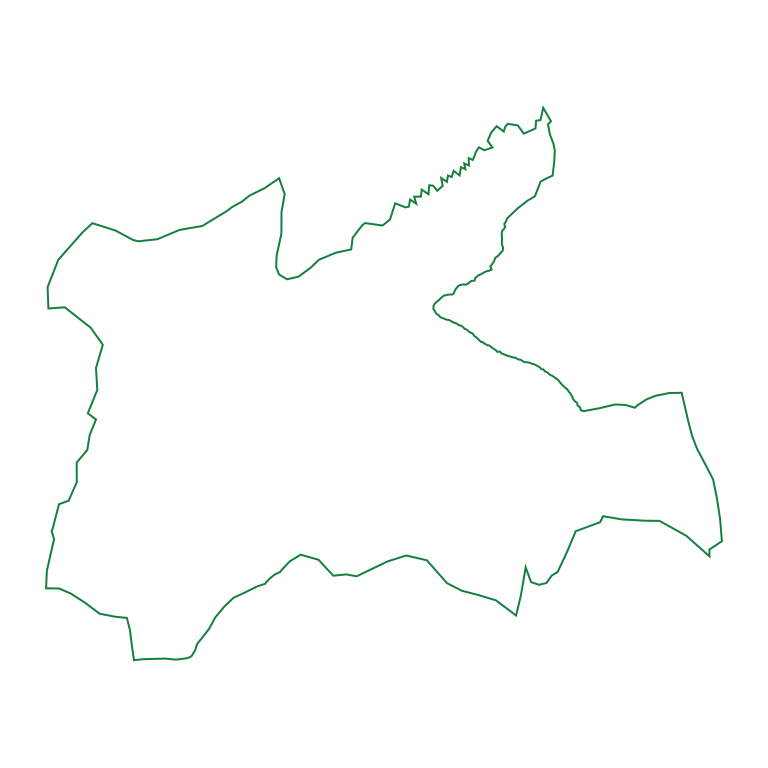 outline of Dabola, Dabola, Guinea
{"feature_id": "49546643B93693461345641", "entity_name": "Dabola", "entity_type": "district", "adm_level": 2, "iso_a3": "GIN", "parent_name": "Guinea", "parent_adm1": "Dabola", "projection": "natural_earth1", "projection_center": [-10.933, 10.773], "detail": "fine", "context": "isolated", "style": "outline", "palette": "green", "viewbox_px": 768, "rotation_deg": 0, "n_neighbors": 0, "source": "geoboundaries", "source_scale": "gbopen_adm2", "svg_char_len": 3964}
<svg xmlns="http://www.w3.org/2000/svg" viewBox="0 0 768 768"><path d="M709.5,556.4L709.4,549.5L721.9,541.2L721.3,533.8L720.1,519.3L717.1,499.2L713.1,479.4L705.1,464.0L697.1,448.9L692.1,436.0L688.4,421.8L683.3,399.8L681.7,392.8L669.3,393.0L655.2,395.9L646.5,399.4L637.4,405.4L634.9,407.7L625.0,404.9L615.0,404.5L600.0,408.1L583.4,411.2L580.7,410.0L580.0,407.3L577.6,405.4L577.2,403.1L574.7,401.0L572.9,398.7L572.2,396.5L570.5,393.7L568.6,391.3L567.2,389.2L565.1,387.7L563.2,385.8L561.6,384.1L560.0,382.4L558.3,380.1L555.6,378.1L553.8,376.8L552.1,375.7L550.0,374.8L547.5,372.5L545.2,371.6L543.4,369.5L541.2,369.1L539.7,367.2L538.5,366.6L535.6,365.0L534.2,364.2L531.4,363.6L529.7,362.7L527.2,362.3L524.4,362.1L522.2,360.8L520.6,359.8L518.0,359.4L516.1,358.0L514.3,357.7L508.0,355.9L507.5,355.8L505.6,355.0L501.7,353.5L500.1,351.7L497.2,351.8L495.9,350.2L493.3,348.6L491.3,347.2L489.1,345.4L487.4,345.2L485.2,344.0L484.4,343.5L484.0,343.3L482.5,342.0L480.9,341.8L479.3,340.2L477.0,337.9L474.1,335.8L472.9,333.7L471.1,332.9L468.7,331.5L466.7,329.6L464.6,328.8L463.1,327.1L460.9,325.5L459.1,325.4L457.3,323.8L454.2,322.8L451.7,321.5L449.4,320.1L446.4,319.6L442.9,318.1L440.4,317.3L438.8,315.3L436.3,313.6L434.9,311.2L433.4,308.9L433.5,305.9L434.8,303.6L437.1,301.5L439.2,299.8L441.4,297.6L443.8,295.6L445.1,295.4L448.0,294.6L449.9,294.6L452.8,294.4L453.8,293.2L454.4,291.6L455.8,288.9L458.4,285.9L461.1,284.8L463.1,284.4L464.5,284.6L466.4,284.6L469.3,282.6L470.8,281.2L474.7,280.5L475.2,278.2L478.4,275.3L481.3,274.1L484.7,272.0L486.7,271.2L488.8,270.8L491.7,269.5L490.9,267.8L490.4,266.5L492.2,264.0L494.0,261.4L495.2,257.9L497.8,256.0L499.9,253.8L502.6,250.7L503.2,248.1L502.1,245.1L501.8,241.9L502.1,239.1L501.7,234.5L502.0,231.2L505.1,227.4L504.3,224.0L505.9,221.7L507.0,218.6L507.7,217.8L518.1,208.0L527.6,200.6L534.9,196.3L540.6,181.6L546.8,178.2L552.6,175.6L554.2,162.1L554.8,150.6L553.4,143.5L549.8,134.2L548.0,124.2L551.0,121.3L543.2,107.8L540.5,120.1L536.1,120.7L535.5,128.5L523.8,133.6L517.8,125.4L507.7,123.9L505.3,126.6L503.7,131.5L496.6,126.2L491.2,132.6L487.6,140.8L492.4,147.5L484.3,150.3L478.9,147.3L476.1,151.5L474.2,156.6L472.7,160.0L468.7,158.2L468.9,165.5L464.2,163.4L465.4,169.2L461.0,167.1L459.6,175.4L453.6,170.8L451.7,177.0L448.0,175.5L446.9,181.9L441.2,178.0L442.7,185.9L437.3,190.7L433.2,185.7L429.2,185.3L428.5,194.2L421.7,189.6L420.9,196.6L414.2,196.7L416.2,203.7L410.1,199.6L408.9,206.6L405.5,207.4L395.2,203.3L390.0,219.5L382.6,225.5L365.2,223.1L362.7,224.8L359.9,228.2L352.7,237.7L351.2,249.4L335.8,252.7L318.9,259.8L310.8,267.6L298.6,276.6L287.1,279.3L279.0,274.4L276.2,267.2L276.6,255.7L281.4,233.7L281.5,212.0L284.7,194.2L279.1,178.2L264.2,188.4L249.5,195.6L242.0,201.6L232.0,207.1L226.7,211.1L202.3,226.0L179.6,229.9L157.4,239.2L138.4,241.3L133.1,240.0L115.4,230.5L92.4,223.2L82.3,232.6L58.3,259.8L47.6,287.1L48.4,308.5L64.7,307.3L90.6,327.6L102.8,344.7L96.0,368.1L97.3,389.9L87.8,413.3L96.0,419.5L89.7,435.0L87.3,450.0L76.7,462.5L76.8,482.3L68.6,500.7L59.0,504.2L52.6,528.8L51.6,531.2L54.1,539.1L50.7,553.8L46.8,571.2L46.1,588.3L59.2,588.5L70.7,593.5L85.3,602.9L99.5,613.7L115.7,616.8L126.9,617.9L130.0,630.3L132.1,647.3L134.0,660.2L143.3,659.2L152.0,658.9L158.4,658.8L165.6,658.6L175.3,659.6L180.1,659.2L185.6,658.4L189.4,657.4L191.6,656.0L191.8,655.8L195.2,650.1L197.2,643.9L202.5,637.3L209.0,628.9L215.3,617.4L223.9,607.0L233.5,597.8L244.5,592.7L257.3,586.4L265.3,583.7L265.9,582.5L269.5,578.8L274.3,574.8L277.1,573.4L280.1,572.0L280.9,570.9L281.6,570.1L283.4,568.1L289.6,561.5L298.2,556.2L300.7,554.7L318.6,559.8L326.1,568.0L333.4,575.7L346.3,574.4L356.6,576.3L387.4,561.5L406.1,555.5L426.9,560.3L429.7,563.5L447.1,583.2L462.0,590.8L478.2,595.0L495.9,600.3L516.1,615.5L520.9,595.3L525.7,567.4L530.9,581.7L531.2,582.1L539.0,584.8L546.5,583.0L551.8,575.5L557.7,571.9L567.8,550.2L575.7,531.2L600.1,522.2L603.1,516.2L621.8,519.4L644.9,520.7L659.5,520.9L686.2,535.7L709.5,556.4Z" fill="none" stroke="#15803d" stroke-width="2"/></svg>